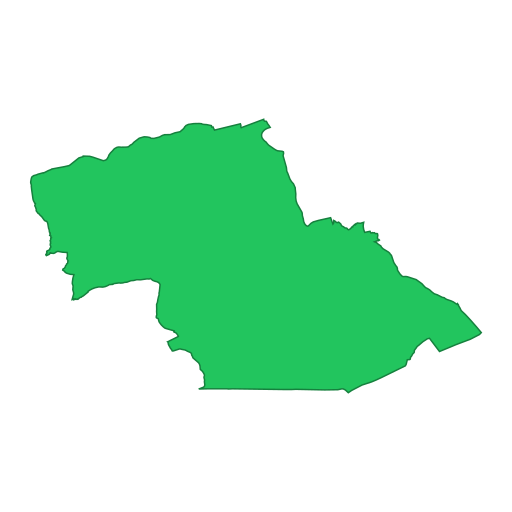 outline of Melinesti, Dolj, Romania
{"feature_id": "2599482B7239267207369", "entity_name": "Melinesti", "entity_type": "district", "adm_level": 2, "iso_a3": "ROU", "parent_name": "Romania", "parent_adm1": "Dolj", "projection": "orthographic", "projection_center": [23.668, 44.557], "detail": "fine", "context": "isolated", "style": "filled", "palette": "green", "viewbox_px": 512, "rotation_deg": 0, "n_neighbors": 0, "source": "geoboundaries", "source_scale": "gbopen_adm2", "svg_char_len": 5956}
<svg xmlns="http://www.w3.org/2000/svg" viewBox="0 0 512 512"><path d="M481.3,332.6L476.5,326.9L470.7,320.3L465.6,314.8L461.3,310.7L460.9,310.0L459.8,307.7L458.7,306.0L458.4,304.8L457.7,304.1L457.5,303.6L457.4,303.7L457.0,304.4L453.3,301.9L451.1,300.9L446.7,299.4L445.3,298.6L444.2,297.7L442.2,297.3L437.3,294.8L434.3,293.8L431.8,291.9L429.8,290.0L427.6,288.6L425.7,287.7L424.6,286.7L421.9,283.7L416.2,279.6L407.6,276.8L406.0,276.5L403.1,276.6L402.5,276.4L401.8,275.9L399.9,273.9L397.5,270.2L397.4,268.6L397.0,267.1L395.7,265.5L393.8,262.5L391.6,255.8L390.9,254.7L390.2,254.1L389.8,253.3L388.5,252.1L383.1,248.8L381.4,247.1L380.8,245.9L378.2,244.2L376.5,242.6L374.6,241.8L375.7,241.4L376.7,240.9L378.5,240.7L379.4,240.1L378.9,239.5L377.8,239.1L377.5,238.5L377.5,236.9L377.8,235.7L377.6,234.0L377.5,233.8L377.3,233.6L375.2,233.5L374.4,232.7L373.0,232.9L372.6,232.6L371.0,233.0L370.6,232.6L370.0,231.3L364.7,232.4L363.7,229.6L363.2,226.4L363.3,224.5L363.7,222.3L360.4,223.3L357.2,223.0L356.8,223.6L355.9,224.1L355.2,224.9L354.9,224.9L355.0,224.3L354.7,224.5L352.9,226.2L352.6,226.6L352.6,227.0L352.0,226.9L350.5,228.7L348.7,229.8L347.6,229.3L347.1,228.4L346.2,228.0L345.3,228.0L344.5,227.6L343.6,226.8L342.0,226.1L341.3,225.2L340.7,223.9L338.6,222.1L337.4,222.6L336.7,222.5L335.9,222.0L335.1,221.2L333.8,220.5L333.7,223.0L332.9,224.1L330.6,217.7L318.5,220.4L313.3,221.9L311.0,223.3L308.4,225.9L307.5,226.2L306.4,225.7L305.5,224.9L304.6,223.7L303.7,221.6L303.3,218.9L302.4,215.7L302.2,213.1L301.8,212.0L297.1,203.8L296.1,200.9L295.7,197.7L295.8,194.0L295.3,189.3L295.2,187.7L293.5,183.9L291.4,181.5L289.9,179.0L287.7,173.1L286.8,171.3L286.4,167.5L283.1,155.8L283.6,153.3L283.4,151.8L282.2,151.3L277.7,150.8L276.4,150.3L274.5,149.2L268.6,145.1L267.4,143.8L266.0,142.0L264.6,141.0L263.2,139.5L261.9,137.5L261.6,136.1L261.6,134.4L262.2,132.6L263.1,131.4L264.4,130.0L265.6,129.2L267.3,128.3L270.2,127.4L268.9,125.4L267.7,123.9L267.0,122.5L266.4,121.4L266.0,121.2L264.8,121.3L264.3,121.0L263.8,120.1L263.7,119.3L241.2,127.7L240.8,126.8L240.9,125.4L240.4,123.8L214.5,130.1L213.3,127.7L213.1,127.0L211.7,127.0L211.4,125.6L206.6,124.6L203.7,124.4L202.2,124.1L201.5,123.7L199.2,123.5L193.9,123.6L188.4,124.4L186.0,125.5L185.8,125.8L184.6,127.0L184.1,128.0L182.4,129.8L181.4,130.4L180.6,131.4L179.8,131.8L175.0,132.8L170.2,134.6L164.6,134.7L162.4,135.4L159.5,137.0L154.0,138.4L151.1,138.3L150.4,137.9L149.9,137.5L147.3,137.0L144.4,136.8L143.3,137.0L139.2,138.2L133.6,142.5L133.0,143.3L131.7,144.5L130.5,145.0L128.4,146.8L126.5,147.1L121.1,147.2L118.8,147.0L117.0,147.3L115.1,148.3L114.0,149.1L112.5,150.9L110.5,152.9L108.9,155.1L108.3,156.8L107.2,158.7L106.5,159.5L105.4,160.2L103.3,160.7L93.0,157.2L89.7,156.3L84.0,156.1L84.2,156.3L78.9,157.9L70.0,165.0L69.0,165.6L64.2,166.7L51.3,169.1L51.8,169.2L48.1,170.7L45.0,172.3L43.3,173.0L43.1,172.8L37.9,174.2L36.6,174.8L33.7,175.6L32.0,176.8L31.6,177.5L31.2,178.9L30.7,181.8L30.7,182.8L31.4,185.2L31.3,186.3L31.7,189.9L33.0,199.1L33.5,200.8L34.2,202.0L34.6,203.1L35.4,203.5L34.8,205.8L35.5,207.1L35.9,208.4L36.2,209.0L36.2,210.8L38.1,213.4L38.9,213.6L39.4,214.5L41.9,216.9L44.5,220.5L45.4,221.0L46.5,221.3L47.2,222.0L47.8,223.7L48.6,228.4L49.2,229.9L49.4,232.0L50.2,233.0L50.2,233.4L49.9,233.7L50.2,234.4L49.7,235.4L50.3,235.8L50.8,235.9L50.9,237.5L51.3,237.8L50.7,238.3L50.7,239.8L50.1,240.7L50.1,240.9L50.6,241.5L50.5,242.6L50.7,243.2L50.3,243.7L50.2,245.0L50.8,246.3L50.7,247.5L49.9,248.3L49.8,249.4L48.4,250.4L47.2,250.8L46.7,251.4L47.0,252.7L46.6,253.0L46.6,253.7L45.9,254.4L45.8,254.8L46.4,255.6L49.1,254.4L50.0,253.5L50.1,252.8L50.7,252.7L50.9,253.2L53.7,253.4L54.9,252.9L56.7,251.7L58.0,251.4L62.5,252.2L67.2,252.5L67.4,254.8L67.3,256.9L66.8,258.1L67.3,259.6L68.2,260.9L67.8,261.5L67.7,262.8L67.6,263.2L66.6,264.0L66.4,264.8L65.4,266.1L65.2,267.1L64.4,268.2L63.1,268.9L63.1,269.2L62.8,269.6L62.7,270.1L64.8,271.5L65.1,272.3L66.7,273.2L70.3,274.3L73.9,274.6L72.9,278.2L72.4,281.7L72.3,283.1L72.3,283.7L73.1,285.9L72.8,289.8L73.5,292.2L73.7,293.9L72.1,299.6L72.8,299.4L73.9,298.7L74.3,299.1L74.8,299.0L74.5,299.5L75.6,299.1L76.1,299.4L77.2,299.0L77.5,299.3L77.9,299.3L79.8,297.6L81.3,297.2L81.9,296.6L83.3,295.9L88.1,292.0L88.0,291.4L90.2,289.9L92.1,288.9L94.9,287.8L98.8,286.9L102.8,287.1L105.3,286.6L107.7,285.6L109.4,284.6L111.4,284.5L112.8,284.1L112.9,284.3L114.0,283.6L119.1,282.9L120.5,283.1L122.9,282.9L124.5,282.4L126.9,282.2L130.9,280.7L133.7,280.5L136.7,279.7L140.5,279.8L146.9,278.9L149.3,279.0L150.4,278.5L152.8,280.4L155.1,281.3L156.8,281.7L158.5,282.5L159.6,283.7L160.1,284.6L159.3,292.0L159.0,293.0L159.1,294.6L158.9,295.6L158.5,296.6L157.8,299.9L157.4,302.4L156.6,304.4L156.7,309.4L156.6,311.6L156.8,314.4L156.8,315.0L156.3,316.1L156.3,317.6L156.7,318.0L158.2,318.6L158.8,321.0L159.4,322.4L161.3,324.9L163.1,326.7L164.7,328.0L165.6,328.4L174.3,330.9L174.3,331.1L173.8,331.4L174.0,332.0L173.6,332.2L174.6,332.2L176.1,333.0L177.2,334.3L178.4,336.2L178.4,336.4L177.3,337.0L167.6,341.8L168.1,342.2L168.3,344.0L168.7,345.0L170.6,348.5L171.6,349.6L172.2,350.9L172.6,351.0L173.5,350.9L179.0,349.1L180.0,348.9L181.9,349.4L184.7,349.9L186.2,350.5L187.3,351.2L190.2,352.4L191.4,353.4L191.7,355.1L192.3,356.1L193.0,357.9L198.4,362.6L199.2,363.6L200.0,365.8L200.3,369.4L202.5,371.4L203.9,373.7L204.4,374.9L204.4,375.8L204.0,377.0L204.0,377.6L204.6,380.0L204.4,381.8L204.8,384.8L204.5,386.1L203.7,387.1L199.3,388.8L199.4,389.0L207.3,388.8L222.2,388.8L227.1,388.8L228.4,389.0L232.5,388.8L283.7,389.5L291.9,389.5L295.7,389.3L324.7,389.9L337.9,389.7L341.6,388.9L343.2,388.9L345.4,390.0L348.3,392.7L351.7,390.4L362.1,385.0L371.6,381.9L375.9,380.1L381.1,377.7L405.4,365.8L406.2,364.2L407.3,359.7L409.5,359.6L410.0,359.4L410.3,359.0L410.4,358.0L410.7,357.0L411.4,356.4L412.8,353.8L413.9,352.8L414.3,352.0L414.3,350.9L414.6,350.0L415.8,348.5L417.3,346.3L418.6,345.4L422.9,341.7L427.3,338.8L429.5,338.3L439.5,351.5L456.1,344.6L470.4,339.2L479.5,334.5L481.3,332.6Z" fill="#22c55e" stroke="#15803d" stroke-width="1.5"/></svg>